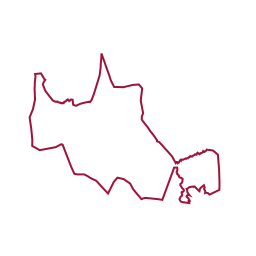 outline of San Pedro y San Pablo Teposcolula, Oaxaca, Mexico, rotated 191°
{"feature_id": "50627088B89995688353205", "entity_name": "San Pedro y San Pablo Teposcolula", "entity_type": "district", "adm_level": 2, "iso_a3": "MEX", "parent_name": "Mexico", "parent_adm1": "Oaxaca", "projection": "equal_earth", "projection_center": [-97.55, 17.493], "detail": "fine", "context": "isolated", "style": "outline", "palette": "rose", "viewbox_px": 256, "rotation_deg": 191, "n_neighbors": 0, "source": "geoboundaries", "source_scale": "gbopen_adm2", "svg_char_len": 4503}
<svg xmlns="http://www.w3.org/2000/svg" viewBox="0 0 256 256"><g transform="rotate(191 128 128)"><path d="M218.6,92.1L210.4,89.4L203.9,92.0L195.3,95.4L192.1,98.0L190.3,99.4L188.9,99.0L181.7,87.5L176.2,78.8L172.0,72.9L168.7,72.8L163.5,73.8L162.2,74.1L158.3,73.0L155.5,71.8L154.8,71.6L152.9,71.1L149.0,70.1L141.7,64.6L135.1,59.9L131.6,72.5L128.9,77.2L125.0,77.1L122.5,77.0L118.6,75.3L115.3,73.9L114.7,73.2L111.2,68.8L106.0,64.6L102.0,61.4L101.2,60.7L100.1,61.5L97.7,62.7L92.4,63.2L84.7,63.9L80.6,64.0L75.7,94.2L75.2,97.9L72.4,98.5L72.2,98.5L72.0,98.1L71.9,97.6L71.8,97.3L71.6,96.8L71.6,96.5L71.5,96.2L71.5,95.6L71.5,95.3L71.7,95.2L71.7,94.6L71.8,94.2L71.8,93.8L71.7,93.4L71.4,93.2L71.1,93.0L71.0,92.7L70.9,92.2L70.7,92.0L70.3,92.0L69.5,91.4L69.0,90.9L68.8,90.7L68.8,90.2L68.6,89.9L68.3,89.6L67.9,89.3L67.6,89.2L67.1,89.3L66.3,89.3L65.9,88.9L65.5,88.9L64.8,88.7L64.6,88.3L64.5,87.5L64.5,87.1L64.5,86.8L64.5,86.6L64.4,86.0L64.5,85.3L64.5,85.0L64.7,84.5L64.9,84.3L65.3,83.7L65.6,83.5L65.9,83.1L65.9,82.9L65.9,82.5L65.8,82.3L65.6,81.8L65.4,81.5L64.7,80.9L64.7,80.7L64.0,80.1L63.2,79.1L62.5,78.8L62.0,78.6L61.9,78.4L61.6,78.3L61.3,77.5L61.2,76.9L61.4,76.4L61.6,76.1L62.1,75.7L62.3,75.7L62.7,75.7L63.1,75.3L63.1,75.0L62.7,73.8L62.2,73.3L62.1,73.1L62.0,72.7L62.1,72.2L62.2,71.7L62.6,71.3L62.9,71.0L63.4,70.0L63.5,69.8L63.5,69.3L63.7,68.9L63.8,68.4L63.8,68.0L63.6,67.5L63.5,67.3L62.1,65.9L61.9,65.8L60.3,65.6L54.5,66.0L53.5,66.0L53.7,66.6L54.0,67.0L54.3,67.5L54.5,68.0L53.5,68.3L53.8,68.8L54.4,69.4L55.1,70.1L55.3,70.6L55.9,70.8L56.9,71.4L57.4,71.7L57.3,72.7L56.7,73.4L56.3,73.7L55.4,73.8L54.8,73.7L55.4,74.2L56.1,74.9L56.7,75.4L57.2,75.9L57.6,76.5L57.8,77.4L58.1,78.3L58.4,78.9L58.7,79.4L58.3,79.5L57.8,80.1L57.4,80.7L56.8,81.3L56.1,81.8L55.3,82.0L54.7,82.3L53.9,82.7L52.9,82.8L52.4,82.6L52.0,83.2L51.3,83.3L50.5,82.6L49.1,81.7L48.6,81.3L47.8,80.9L47.0,80.2L46.2,79.8L45.8,79.6L45.7,82.4L44.7,83.8L43.7,85.0L42.6,86.3L41.8,84.9L41.3,84.0L41.8,83.2L41.5,82.3L40.9,81.6L40.4,81.2L39.9,79.6L39.9,78.9L39.3,79.3L38.2,79.4L37.2,79.3L36.7,79.1L36.2,78.7L35.7,78.5L35.2,78.2L30.4,81.8L26.5,84.7L26.7,85.9L27.2,88.8L28.1,93.4L29.3,98.6L30.3,103.1L30.8,105.3L32.1,109.7L33.4,114.5L34.0,116.7L34.7,119.0L40.2,122.1L46.6,121.8L46.8,121.1L47.0,120.6L47.4,120.3L47.9,120.0L48.0,119.7L48.2,119.4L48.6,118.9L48.8,118.8L49.8,119.6L49.9,119.1L50.2,118.4L50.7,117.8L51.2,117.5L51.7,116.9L51.8,117.0L52.1,116.9L52.3,117.0L52.5,116.8L52.6,116.4L52.9,115.9L53.7,116.3L54.4,116.7L55.1,117.0L55.3,116.4L55.6,115.6L55.7,114.8L56.1,114.8L56.6,115.1L57.3,114.9L57.5,114.4L58.2,113.7L58.7,113.4L59.1,113.0L59.3,112.4L59.9,112.1L60.4,112.1L60.8,112.4L61.2,112.4L61.7,112.1L61.7,111.6L62.0,111.2L62.3,111.3L62.6,111.1L63.0,110.6L63.5,110.0L63.5,109.7L64.0,109.6L64.4,109.5L64.6,109.1L64.9,108.9L65.4,109.0L65.8,109.1L66.5,108.4L67.4,107.8L67.8,107.4L68.4,107.3L69.2,107.3L69.6,106.2L70.0,106.7L70.4,106.8L70.8,105.9L71.4,104.3L71.7,103.5L72.4,102.9L73.2,104.0L73.8,103.9L74.4,102.6L78.4,107.4L79.3,108.5L83.4,111.7L85.7,113.4L87.1,114.4L89.9,116.6L92.7,118.7L94.6,120.1L97.1,120.5L97.2,121.5L100.0,124.3L101.9,126.1L105.9,129.5L108.9,132.6L113.5,136.5L114.9,137.7L116.1,138.9L116.7,142.3L115.9,145.2L116.1,145.7L120.7,157.2L121.0,160.7L121.6,169.5L122.8,170.5L123.6,171.2L125.6,172.8L128.9,171.9L130.7,171.4L131.5,171.2L135.2,169.5L137.5,168.5L139.9,167.3L145.1,166.4L147.6,166.0L149.4,165.6L150.0,166.4L153.9,171.4L156.2,175.6L161.7,184.9L164.0,188.9L168.3,196.1L167.4,190.6L167.1,186.7L166.4,182.0L165.9,174.2L167.9,155.4L169.1,148.5L170.3,146.1L170.8,146.1L171.0,146.4L175.7,144.5L179.5,142.6L183.3,139.9L186.2,140.3L187.8,145.2L189.4,145.1L190.9,143.2L192.6,144.6L193.0,144.3L193.2,144.0L193.2,143.8L193.3,143.7L193.5,143.6L193.7,143.2L193.9,142.8L193.9,142.5L194.1,142.4L194.5,142.2L194.7,141.9L194.9,141.7L195.4,141.7L195.5,141.5L195.6,141.2L195.8,141.1L195.9,140.7L196.0,140.7L196.2,140.3L196.1,140.1L196.4,140.0L196.6,139.9L196.9,140.0L197.1,139.7L197.3,139.7L197.9,139.9L198.2,139.8L198.4,139.7L198.5,139.6L198.9,139.8L199.2,139.7L199.3,139.7L199.6,139.9L199.8,139.9L199.9,140.0L200.2,139.9L200.4,140.0L200.5,140.0L200.8,139.9L201.0,139.9L201.3,140.1L201.7,140.0L201.9,140.1L202.1,140.2L202.3,140.5L202.7,140.5L202.9,140.3L203.1,140.2L203.6,140.0L203.7,139.9L203.9,139.9L207.2,140.7L216.2,148.6L219.9,154.5L219.5,157.0L218.4,159.5L219.4,160.0L223.8,165.0L229.5,163.3L228.6,160.7L228.2,155.2L227.0,147.8L224.7,138.4L224.9,128.4L226.6,119.6L222.8,108.8L219.7,98.3L218.6,92.1Z" fill="none" stroke="#9f1239" stroke-width="2"/></g></svg>